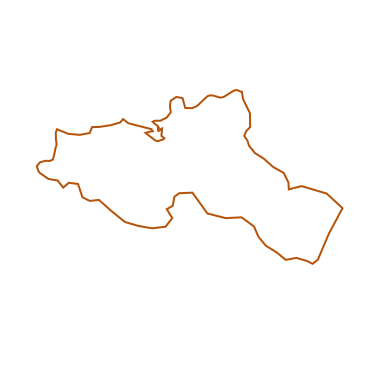 Nord, Natural Earth projection, rotated 328°
{"feature_id": "HTI-1387", "entity_name": "Nord", "entity_type": "Department", "adm_level": 1, "iso_a3": "HTI", "parent_name": "Haiti", "parent_adm1": "", "projection": "natural_earth1", "projection_center": [-72.317, 19.567], "detail": "fine", "context": "isolated", "style": "outline", "palette": "amber", "viewbox_px": 384, "rotation_deg": 328, "n_neighbors": 0, "source": "natural_earth", "source_scale": "10m", "svg_char_len": 1520}
<svg xmlns="http://www.w3.org/2000/svg" viewBox="0 0 384 384"><g transform="rotate(328 192 192)"><path d="M110.7,67.2L117.9,77.1L127.0,84.0L136.5,87.8L141.7,84.0L147.9,87.7L158.3,92.2L168.0,95.0L172.2,93.6L174.4,99.9L190.9,117.2L190.9,119.7L189.3,118.9L183.9,117.2L188.2,128.9L189.7,130.7L195.8,132.2L197.1,131.7L195.8,128.2L200.2,122.4L199.1,122.4L196.9,122.6L195.8,122.4L195.9,121.9L196.6,120.2L197.4,118.9L197.9,119.7L197.9,117.2L197.1,115.9L195.8,111.7L197.9,111.7L203.0,114.8L210.0,115.5L216.2,113.2L218.9,107.3L222.3,103.3L229.1,103.1L233.7,107.4L230.8,117.2L236.6,121.0L242.1,121.7L255.6,119.0L256.8,119.1L258.7,119.7L261.1,121.5L266.0,127.0L269.3,128.2L281.1,128.2L283.9,129.1L285.4,131.0L286.5,132.9L287.4,133.4L285.8,137.2L284.5,140.2L282.9,155.8L275.7,167.8L270.2,169.1L266.0,172.2L266.3,177.7L264.9,182.9L266.0,192.4L270.6,201.9L274.1,213.9L279.9,224.4L278.8,235.1L275.5,241.1L281.7,243.0L288.1,245.1L305.4,264.7L311.1,285.5L286.4,299.6L262.8,316.1L256.2,316.8L253.0,311.5L245.6,303.2L235.5,299.2L231.9,288.3L226.2,276.8L224.6,265.3L226.3,254.1L220.6,239.7L206.8,232.1L193.7,218.4L192.0,192.8L185.4,189.0L180.4,186.2L174.6,186.7L168.3,193.5L161.5,193.2L161.4,203.7L151.2,207.4L139.0,201.7L128.6,192.4L119.2,181.9L113.6,165.5L108.9,149.4L100.6,145.4L96.3,138.5L99.6,124.8L92.4,118.9L85.1,120.0L84.1,111.0L77.1,104.8L73.0,95.1L72.9,92.6L74.1,87.8L78.8,86.3L84.3,87.9L87.7,90.3L91.3,90.8L95.8,86.4L99.6,82.4L102.4,79.9L104.6,75.1L108.0,69.4L110.7,67.2Z" fill="none" stroke="#b45309" stroke-width="2"/></g></svg>